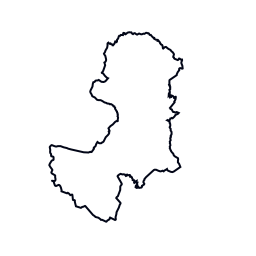 the district of Ea Kar, Đắk Lắk, Vietnam, rotated 204°
{"feature_id": "81297802B96415917644052", "entity_name": "Ea Kar", "entity_type": "district", "adm_level": 2, "iso_a3": "VNM", "parent_name": "Vietnam", "parent_adm1": "Đắk Lắk", "projection": "robinson", "projection_center": [108.562, 12.804], "detail": "fine", "context": "isolated", "style": "outline", "palette": "ink", "viewbox_px": 256, "rotation_deg": 204, "n_neighbors": 0, "source": "geoboundaries", "source_scale": "gbopen_adm2", "svg_char_len": 5857}
<svg xmlns="http://www.w3.org/2000/svg" viewBox="0 0 256 256"><g transform="rotate(204 128 128)"><path d="M176.2,48.3L175.7,48.7L174.3,49.2L173.3,47.8L171.4,45.8L170.9,45.7L170.2,45.7L168.2,47.8L167.4,47.9L166.3,47.4L165.0,46.2L163.4,44.2L163.0,43.1L157.3,43.5L156.9,43.7L156.6,44.3L155.0,44.0L153.4,43.2L152.1,44.4L151.8,44.4L151.5,44.1L149.1,40.0L148.7,39.9L147.8,40.3L147.1,40.2L146.4,38.7L143.7,35.3L138.6,35.9L138.2,36.3L137.8,37.2L136.7,38.0L135.6,39.3L135.2,39.3L124.6,34.3L122.8,34.0L121.5,33.5L118.5,34.0L115.5,33.3L115.3,33.1L114.2,33.6L110.0,33.5L109.6,33.7L109.2,35.1L107.8,37.0L108.0,38.2L107.9,38.9L102.4,38.7L102.0,39.2L102.0,39.6L103.1,41.5L103.6,44.6L104.2,46.4L104.0,51.7L104.3,54.5L104.1,55.9L104.5,56.6L110.2,59.2L110.3,59.7L110.1,60.4L109.5,61.6L109.9,68.2L111.2,71.3L111.2,72.5L110.8,73.7L110.9,74.3L111.5,74.9L117.6,79.4L117.9,79.7L117.9,80.3L117.0,82.0L116.1,83.1L114.2,83.3L113.5,83.8L112.0,84.2L110.4,83.3L109.9,83.8L110.2,84.7L109.9,85.1L108.6,84.9L107.5,85.7L107.0,85.7L106.3,84.3L106.0,84.3L105.4,84.9L104.3,84.5L103.8,83.7L102.9,83.2L102.5,82.3L101.1,82.7L100.6,81.9L100.3,80.7L99.9,80.4L99.3,81.2L99.1,82.6L98.6,83.2L98.2,81.8L97.9,81.6L97.2,81.9L97.1,80.8L96.1,79.5L96.0,78.7L97.0,79.3L97.2,78.9L97.3,78.2L97.0,77.0L95.7,76.8L95.3,77.0L94.6,78.4L93.5,77.8L91.5,79.1L91.3,80.2L91.7,80.9L90.3,83.0L90.5,83.8L91.5,84.4L92.0,84.9L92.2,86.5L91.9,87.4L92.2,88.1L91.5,90.5L87.3,100.1L86.6,100.8L85.3,101.3L82.8,101.3L80.9,101.5L80.1,102.0L79.1,103.0L77.8,102.9L77.5,103.9L76.7,104.8L75.7,106.4L75.0,105.6L74.0,105.3L70.9,105.4L69.5,105.8L68.5,106.8L64.3,113.7L66.8,116.1L68.4,116.9L69.1,118.5L69.4,119.7L70.0,120.7L74.0,121.2L75.2,121.8L76.3,123.0L77.9,123.6L79.3,124.4L79.6,124.9L80.4,125.3L80.7,125.8L81.6,126.5L81.6,127.0L82.3,128.0L82.2,129.3L82.9,130.5L83.5,131.0L83.5,131.4L84.3,132.5L84.1,134.3L85.1,135.4L85.1,136.7L85.5,136.9L85.4,137.9L85.9,138.5L85.6,139.7L86.1,141.1L86.8,142.3L88.0,143.0L88.7,144.6L90.1,145.4L90.3,145.8L90.2,146.7L90.5,147.8L91.3,149.1L92.1,149.6L92.1,150.1L92.5,150.6L92.9,150.8L95.3,151.0L95.0,151.4L94.6,151.2L94.1,151.5L93.6,151.5L93.1,152.2L93.2,153.9L92.6,154.2L92.1,155.0L91.2,155.0L90.2,157.4L90.0,159.1L88.2,161.2L87.8,162.4L89.8,162.4L90.2,162.3L91.1,161.3L92.4,161.4L93.2,161.0L94.8,162.0L95.4,162.7L96.9,162.7L97.3,163.2L97.8,163.4L95.9,170.4L96.5,171.0L96.3,172.0L96.3,173.6L96.7,175.2L97.1,175.9L97.4,175.8L97.9,175.0L97.8,174.1L98.1,174.1L98.5,174.7L99.5,175.3L100.2,175.5L101.5,175.4L101.8,175.3L101.9,174.9L101.2,174.5L101.1,174.0L101.6,173.9L102.0,174.4L102.2,173.1L103.4,174.0L103.8,174.8L104.0,174.2L104.5,175.6L103.9,175.7L103.8,176.1L103.9,176.4L104.2,176.1L104.5,176.3L104.6,176.7L104.4,177.4L104.5,178.1L105.7,179.7L105.2,180.4L105.3,180.9L105.9,181.8L106.0,182.6L106.7,182.9L107.1,184.1L107.4,184.2L107.8,183.9L108.2,184.2L108.1,185.1L109.4,188.0L109.5,188.8L105.0,196.1L105.3,196.9L105.3,199.3L104.7,201.7L105.3,202.6L105.2,203.4L104.9,203.8L104.2,204.1L102.7,204.2L102.3,204.6L103.6,206.9L105.7,209.0L106.0,209.9L106.1,211.8L106.5,212.5L107.7,212.0L109.1,212.4L109.6,212.2L109.8,210.8L110.2,210.3L113.5,210.2L114.2,210.4L114.6,211.0L115.6,211.3L116.0,214.0L116.5,214.5L118.0,215.4L119.4,215.7L121.0,216.6L123.3,216.7L126.3,217.5L127.1,217.0L128.2,214.9L128.5,215.0L129.8,217.0L130.5,217.7L132.1,217.8L132.6,218.4L133.3,218.6L133.7,219.2L135.1,219.9L136.1,219.7L136.0,220.2L136.1,220.4L136.6,220.6L138.5,220.0L140.5,220.2L140.7,220.3L140.8,221.0L142.0,220.9L144.4,221.9L145.0,222.3L146.0,221.9L146.3,222.0L147.3,222.8L147.9,222.9L148.5,222.5L149.3,222.6L150.2,222.3L151.3,220.7L152.2,220.5L153.5,219.2L154.3,218.9L156.3,218.8L157.7,217.0L159.0,217.1L160.2,217.4L160.9,217.1L161.6,215.8L162.6,215.9L163.8,216.7L164.9,216.2L165.8,216.0L167.2,214.9L168.3,212.7L168.5,212.5L169.0,212.5L169.7,213.3L170.7,213.1L170.9,212.8L170.7,212.2L170.8,211.3L170.5,210.8L172.4,210.1L172.8,208.9L173.5,208.7L173.7,208.1L173.4,205.6L173.9,204.3L173.3,202.6L173.4,201.7L173.9,201.5L174.5,202.1L174.9,201.9L174.7,200.6L174.8,199.2L175.3,197.4L175.7,197.3L176.1,198.0L177.4,197.7L178.2,198.1L178.4,197.6L178.6,197.5L180.1,197.7L180.6,198.0L181.0,197.3L181.0,196.6L180.3,195.2L179.7,192.8L180.1,189.6L179.9,188.2L180.2,186.1L179.5,185.5L178.1,184.7L176.0,181.9L175.6,181.1L175.5,180.1L175.7,178.9L176.2,178.2L174.4,176.1L173.9,170.0L174.4,167.8L174.3,167.7L172.8,167.7L170.4,166.3L167.6,165.3L166.5,165.3L167.5,162.0L167.9,161.2L169.0,160.1L171.1,159.4L174.3,160.0L174.8,159.3L176.6,158.3L177.0,157.9L177.1,157.0L177.5,156.3L178.3,155.7L178.1,154.0L177.3,151.4L177.5,147.2L177.3,145.9L176.7,145.1L175.1,144.0L173.5,142.5L170.7,142.4L167.8,141.2L166.5,141.4L164.3,142.3L162.3,142.2L159.9,141.8L158.0,142.1L157.0,141.9L155.3,142.5L154.1,142.3L153.4,142.9L151.3,142.7L150.1,141.9L149.3,142.2L148.8,141.6L148.0,141.3L147.7,140.4L145.9,139.2L145.5,138.8L144.8,138.6L144.3,137.7L143.5,137.3L143.3,136.5L142.8,136.2L142.4,135.3L142.4,134.5L141.5,133.8L141.2,133.2L140.8,131.5L140.2,130.3L140.5,129.9L141.0,129.9L141.4,129.6L142.3,128.2L143.3,125.1L144.8,122.6L145.7,119.8L143.7,117.9L144.2,117.2L144.2,116.9L143.2,116.0L143.1,115.1L143.4,113.6L144.6,110.5L144.8,105.7L145.3,104.7L145.7,104.4L146.2,103.3L147.4,102.6L148.5,102.4L150.2,102.8L150.5,100.6L150.3,98.1L151.2,96.3L151.2,95.7L150.8,95.5L150.7,94.8L151.5,91.3L152.1,90.9L152.8,90.9L154.2,89.5L158.6,87.8L171.1,85.3L174.2,84.8L175.8,84.8L178.9,84.2L182.2,84.0L184.7,82.9L185.8,82.0L186.5,81.7L187.9,81.5L190.3,81.4L190.8,81.3L191.2,80.7L191.7,79.2L191.7,78.7L190.1,76.3L189.5,74.6L188.9,73.6L187.7,72.9L186.9,71.3L186.5,71.0L185.4,71.3L184.5,71.3L184.0,70.8L183.2,69.0L183.2,68.5L184.3,67.3L184.5,66.7L184.9,63.7L184.8,62.1L183.3,60.9L180.3,59.2L180.0,58.8L180.0,56.3L179.4,55.7L178.9,55.5L175.5,55.1L175.1,54.8L174.6,53.5L173.4,51.8L173.1,50.6L173.2,50.1L174.0,49.5L175.9,48.9L176.2,48.3Z" fill="none" stroke="#020617" stroke-width="2"/></g></svg>